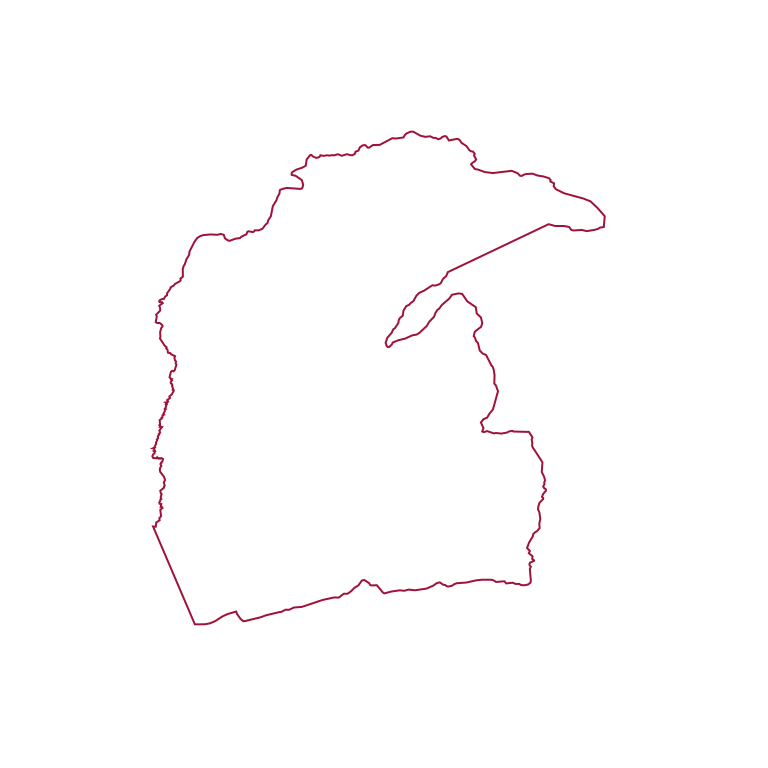 the district of Santa Victoria, Salta, Argentina, rotated 248°
{"feature_id": "61730980B62992861219638", "entity_name": "Santa Victoria", "entity_type": "district", "adm_level": 2, "iso_a3": "ARG", "parent_name": "Argentina", "parent_adm1": "Salta", "projection": "equal_earth", "projection_center": [-64.86, -22.445], "detail": "fine", "context": "isolated", "style": "outline", "palette": "rose", "viewbox_px": 768, "rotation_deg": 248, "n_neighbors": 0, "source": "geoboundaries", "source_scale": "gbopen_adm2", "svg_char_len": 6166}
<svg xmlns="http://www.w3.org/2000/svg" viewBox="0 0 768 768"><g transform="rotate(248 384 384)"><path d="M619.9,410.7L619.1,410.0L618.6,408.2L619.2,405.6L621.6,403.3L623.5,402.5L623.9,401.3L621.2,396.5L615.7,393.2L615.2,389.3L615.6,383.1L614.8,378.2L613.6,377.0L612.4,376.8L610.2,380.0L603.8,384.2L599.0,383.7L596.8,382.1L596.0,381.0L596.1,379.8L602.2,367.3L602.9,363.1L602.8,360.1L599.6,358.3L597.3,355.3L594.7,353.2L590.6,347.6L581.9,341.9L579.1,337.9L576.8,336.2L576.3,334.2L573.5,329.5L573.4,325.4L574.9,321.8L574.1,320.8L574.0,319.4L576.4,315.4L576.2,314.2L574.3,312.5L574.1,307.6L573.3,305.0L574.4,300.5L574.6,294.4L575.6,293.1L578.6,291.1L582.3,291.3L584.2,289.0L584.8,285.3L587.7,279.1L589.7,272.3L590.0,269.2L589.3,265.5L586.9,261.6L579.6,253.2L576.8,251.8L573.6,247.5L569.7,244.2L568.5,242.5L566.2,240.6L558.8,237.7L558.0,234.7L556.6,234.5L555.7,233.3L555.1,227.7L554.0,225.9L553.6,222.4L552.5,221.7L549.4,216.9L547.5,216.0L547.1,214.0L545.3,211.6L545.8,210.6L545.8,208.0L545.1,206.6L544.0,206.6L543.1,208.7L541.8,209.1L540.8,204.9L537.9,204.8L535.9,203.9L533.5,198.6L531.8,198.7L526.9,195.5L525.5,196.6L524.5,199.0L521.6,200.5L520.4,200.3L519.3,198.4L516.0,195.9L511.4,194.3L510.1,193.3L501.8,195.0L499.5,196.2L498.6,195.4L496.8,196.1L494.0,195.4L492.5,197.6L491.3,197.7L488.1,200.7L487.1,199.7L484.4,199.0L482.8,199.6L481.3,198.6L479.7,198.8L475.2,195.1L474.6,193.8L475.6,192.7L475.0,190.9L470.6,187.7L469.0,188.2L468.1,189.2L467.6,188.3L466.7,188.7L465.7,187.0L464.4,186.6L463.4,187.4L462.1,187.4L461.5,186.7L458.9,186.7L457.7,185.9L457.1,186.7L456.4,186.5L454.0,183.5L452.8,180.3L451.2,180.3L450.3,176.9L448.7,177.3L447.9,176.1L448.5,175.9L448.7,174.6L447.9,175.2L447.3,174.5L447.0,175.1L446.4,175.0L446.2,173.9L444.7,173.5L443.5,172.1L442.7,172.3L442.9,171.3L440.9,170.6L439.1,168.3L438.0,168.6L437.9,166.9L436.3,166.2L436.0,165.0L435.2,165.0L434.6,162.5L430.4,161.2L430.1,160.4L429.2,160.9L428.2,160.0L427.2,162.0L425.1,158.3L422.9,158.3L422.0,156.4L421.3,156.6L420.2,154.7L418.3,154.1L417.7,152.7L417.1,152.8L414.9,150.5L414.1,150.5L411.5,147.6L410.9,147.8L410.9,145.7L410.4,146.4L407.6,146.6L407.8,145.6L407.0,146.1L405.6,145.1L405.2,143.6L403.9,142.2L401.8,142.3L400.6,144.9L401.0,146.0L400.1,145.9L399.9,147.1L399.1,147.3L399.2,148.3L398.6,148.6L398.8,149.7L397.3,151.0L395.0,149.4L394.7,148.0L394.0,147.9L393.5,146.7L391.4,146.9L390.4,145.3L388.4,143.9L386.1,143.6L380.4,145.3L376.9,145.0L375.3,143.0L371.9,142.6L371.3,141.5L370.2,141.1L368.9,136.6L366.1,136.1L365.3,136.6L362.7,134.5L360.8,134.5L360.6,133.3L359.2,132.6L358.5,131.3L357.0,131.1L356.2,132.5L353.8,131.0L353.8,131.8L352.0,132.2L351.0,129.4L345.0,127.8L343.7,125.4L341.7,124.9L340.9,121.0L337.2,118.9L338.4,116.5L232.0,118.6L228.3,128.0L227.3,133.0L227.4,138.7L229.0,146.8L229.3,152.9L228.4,161.7L225.6,161.6L219.9,163.0L216.8,164.6L216.2,166.7L213.9,182.4L213.8,187.6L211.7,201.7L211.2,203.1L211.6,208.2L210.2,211.6L210.5,216.7L208.1,224.4L206.8,246.0L204.8,257.8L202.9,262.0L204.6,268.2L203.3,271.1L203.4,272.7L204.3,276.1L206.0,279.9L206.9,284.9L210.1,289.9L209.7,292.3L204.8,295.7L202.9,295.8L202.0,296.8L200.1,302.0L191.0,304.9L189.7,306.0L188.8,313.2L186.8,321.3L184.7,325.3L184.2,329.7L181.2,335.3L178.4,346.6L178.6,354.3L179.6,358.2L179.2,361.4L175.8,363.6L174.7,365.4L172.9,366.5L172.1,367.7L171.5,372.0L172.1,374.2L172.0,377.0L169.1,385.8L167.4,396.0L165.7,401.9L162.5,409.8L161.1,411.9L158.5,413.7L156.0,421.7L153.3,422.6L151.6,428.8L149.4,431.0L148.0,434.5L146.3,435.7L144.9,438.4L144.1,442.6L145.0,445.5L146.7,446.5L157.8,449.9L159.6,451.7L161.3,451.1L162.6,451.4L163.7,452.7L163.8,456.7L164.2,457.1L166.3,455.9L168.6,457.2L172.9,454.9L174.6,456.7L178.4,455.2L182.6,459.1L187.1,465.0L188.8,466.0L190.0,468.7L190.1,470.5L192.1,474.3L196.6,475.8L200.4,478.4L206.9,480.0L209.9,479.8L212.2,480.9L215.5,483.5L217.7,488.5L218.7,488.9L220.1,488.2L222.4,490.3L224.2,494.0L225.8,494.6L227.4,493.5L229.3,493.2L231.2,495.4L232.6,495.6L234.3,497.2L237.9,497.7L243.3,497.3L252.1,501.6L269.3,498.2L271.1,498.1L273.9,499.5L277.2,500.1L278.9,501.7L285.3,500.4L291.5,486.1L292.3,485.7L293.2,482.4L292.9,479.7L294.1,474.2L296.7,469.3L297.0,467.4L301.7,462.0L302.0,458.4L303.2,457.3L305.8,459.7L312.0,459.4L314.1,463.0L314.2,467.0L317.2,471.0L319.6,475.5L334.6,487.0L341.0,487.2L343.0,486.4L351.0,489.9L356.2,491.1L359.6,491.2L360.6,490.6L372.6,489.5L375.3,486.9L379.2,485.3L386.8,486.5L389.3,485.5L393.2,485.7L394.8,485.1L398.5,487.8L400.6,495.3L403.5,497.9L409.4,498.8L414.7,496.4L420.8,497.9L429.4,492.2L438.3,490.2L440.1,486.9L441.3,480.5L438.7,476.4L435.7,467.5L433.1,463.2L432.8,461.5L430.8,458.5L427.6,455.6L424.7,449.1L421.9,445.6L418.2,436.2L417.6,432.6L418.5,428.7L418.2,420.6L419.2,413.8L419.2,407.8L417.6,405.9L416.4,402.7L417.0,401.2L418.4,400.7L421.7,401.0L425.6,404.4L428.7,410.4L431.2,413.0L431.7,415.1L435.3,420.3L437.6,421.5L439.1,423.2L440.3,427.0L444.7,429.5L447.8,433.7L448.1,437.3L449.0,438.8L449.9,442.4L453.8,447.2L455.3,450.9L455.5,455.9L457.4,465.8L456.0,468.5L455.8,472.9L456.3,474.5L459.5,478.3L460.7,482.0L463.8,485.1L470.5,596.5L466.5,601.7L463.0,610.2L460.3,614.4L456.7,615.4L455.3,617.3L452.8,625.0L449.8,629.2L448.2,636.2L447.6,640.5L448.1,642.9L447.2,646.6L456.8,651.5L467.3,647.9L476.0,643.9L481.4,638.2L493.4,622.4L500.3,616.3L503.6,615.4L506.4,616.8L509.5,614.1L510.7,614.9L513.1,614.0L516.8,609.4L519.8,604.4L523.3,600.6L525.4,594.7L525.7,592.5L525.3,589.6L526.2,588.1L529.4,586.8L533.8,582.3L538.8,564.0L542.7,556.9L547.5,551.6L549.3,548.8L555.0,547.0L555.6,547.7L556.6,551.9L557.8,553.6L562.0,553.0L563.4,554.4L566.2,553.5L567.3,551.7L569.2,550.6L573.7,549.6L578.7,546.1L581.6,545.7L583.0,544.8L583.9,543.8L585.5,535.4L590.1,534.6L591.1,533.2L591.2,530.3L590.5,528.9L590.5,526.2L593.0,523.8L593.7,522.0L596.4,519.6L597.7,514.8L600.6,510.8L606.9,505.7L608.0,503.3L607.9,499.1L607.3,497.0L605.3,494.4L607.1,487.1L608.8,483.7L607.3,469.6L609.7,463.3L608.7,458.7L609.4,457.3L612.0,456.5L612.9,455.4L613.2,453.5L612.5,450.3L609.9,447.6L610.1,444.6L608.4,443.3L607.9,440.8L608.5,439.0L611.0,435.6L611.4,430.4L614.3,427.3L614.8,423.0L615.7,421.6L616.0,419.4L617.4,416.8L618.1,413.6L619.9,410.7Z" fill="none" stroke="#9f1239" stroke-width="2"/></g></svg>